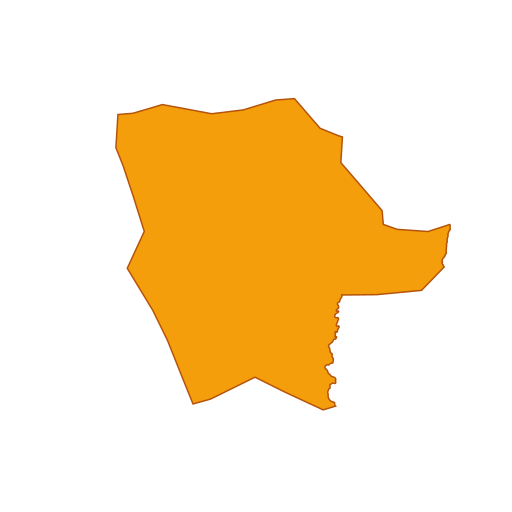 Bayan-Adraga, Hentiy, Mongolia (Equal Earth projection), rotated 111°
{"feature_id": "93677404B94037066175058", "entity_name": "Bayan-Adraga", "entity_type": "district", "adm_level": 2, "iso_a3": "MNG", "parent_name": "Mongolia", "parent_adm1": "Hentiy", "projection": "equal_earth", "projection_center": [111.25, 48.494], "detail": "fine", "context": "isolated", "style": "filled", "palette": "amber", "viewbox_px": 512, "rotation_deg": 111, "n_neighbors": 0, "source": "geoboundaries", "source_scale": "gbopen_adm2", "svg_char_len": 5551}
<svg xmlns="http://www.w3.org/2000/svg" viewBox="0 0 512 512"><g transform="rotate(111 256 256)"><path d="M416.7,261.8L405.9,247.2L369.5,213.5L372.7,180.3L375.6,138.2L367.6,127.9L367.2,128.8L366.8,129.1L366.2,129.5L365.5,129.7L365.0,129.8L364.8,130.0L364.7,130.3L364.6,130.9L364.6,132.1L364.8,133.4L364.8,133.8L364.6,134.2L364.2,135.3L363.7,136.0L363.3,136.7L362.4,137.5L361.5,138.2L360.8,138.5L360.3,138.7L359.9,138.9L359.3,139.1L358.8,139.4L358.3,139.7L358.0,140.0L357.5,140.2L356.7,140.4L356.3,140.4L355.8,140.4L355.2,140.3L354.7,140.3L354.3,140.4L353.9,140.3L353.7,140.3L353.5,140.2L353.3,140.0L353.0,139.7L352.9,139.6L352.7,139.7L352.2,140.0L351.9,139.9L351.6,140.0L351.3,140.1L350.8,140.3L350.2,140.7L349.9,140.8L349.5,140.8L349.1,140.6L348.5,139.9L348.2,139.6L347.7,139.3L347.2,138.9L347.0,138.6L346.9,138.2L346.9,137.4L346.8,136.8L346.7,136.6L346.5,136.4L346.3,136.2L346.0,136.2L345.7,136.2L345.3,136.3L344.8,136.5L344.4,136.8L344.0,137.0L343.7,137.4L343.5,137.5L343.3,137.5L343.2,137.5L343.1,137.4L342.9,137.2L342.6,137.3L342.3,137.5L341.9,137.8L341.5,138.4L341.3,138.9L341.2,139.7L341.3,140.7L341.3,141.6L341.2,142.4L341.2,142.8L340.9,143.5L340.1,144.6L340.0,144.9L339.8,145.9L339.5,146.4L338.9,147.1L338.3,147.5L337.9,147.8L337.2,148.6L336.6,149.8L336.2,150.8L335.7,151.5L335.1,151.8L334.5,151.9L334.0,151.9L333.3,151.6L332.7,151.3L332.2,150.8L332.0,150.4L331.9,149.9L331.9,149.5L331.7,149.1L331.4,148.9L330.5,148.5L330.0,148.3L329.5,147.9L329.3,147.5L329.0,147.0L328.8,146.5L328.5,146.2L328.3,146.1L328.0,146.0L327.7,146.0L327.3,146.1L326.8,146.2L325.6,146.5L325.0,146.7L324.4,146.9L323.8,147.4L323.5,147.8L323.2,148.4L323.0,148.7L322.8,148.9L322.4,149.2L322.1,149.4L321.1,149.3L320.8,149.4L320.5,149.5L320.2,149.8L319.9,150.2L319.8,150.5L319.7,151.2L319.6,151.5L319.5,151.8L318.8,152.3L318.0,152.8L317.2,153.3L316.7,153.7L316.2,154.0L315.6,154.4L315.3,154.7L315.1,155.0L314.8,155.6L314.5,155.9L314.0,156.0L313.3,156.0L312.9,156.0L312.4,155.9L312.1,155.8L311.9,155.6L311.6,155.3L310.6,154.9L309.6,154.2L309.0,153.9L308.3,153.8L307.9,153.7L306.6,153.7L306.3,153.6L305.9,153.5L305.3,152.8L305.3,152.4L305.2,152.2L304.9,151.9L304.5,151.8L304.0,151.8L303.5,151.7L303.1,151.7L302.9,151.8L302.7,151.8L302.6,152.0L302.8,152.4L302.9,152.6L303.1,152.9L303.1,153.1L303.0,153.3L302.9,153.4L302.6,153.5L302.4,153.5L302.0,153.5L301.6,153.5L301.2,153.5L300.8,153.8L300.5,154.0L300.1,154.3L299.8,154.4L299.4,154.7L298.9,154.9L298.6,154.9L298.3,154.7L298.0,154.5L297.9,154.3L298.0,154.0L298.1,153.6L298.3,153.3L298.2,153.2L297.1,153.0L296.6,153.1L296.1,153.3L294.8,153.3L293.9,153.1L292.9,152.9L292.4,153.0L292.1,153.2L291.8,153.4L291.7,153.8L291.8,154.2L292.1,154.5L292.4,154.8L292.5,155.1L292.6,155.3L292.5,155.6L292.3,155.9L291.8,156.2L291.3,156.4L290.7,156.4L289.8,156.4L288.5,156.3L287.9,156.3L287.3,156.5L286.9,156.5L286.3,156.3L285.9,156.3L285.5,156.3L285.2,156.4L284.9,156.6L284.5,157.0L284.2,157.4L284.2,157.7L284.3,158.0L284.6,158.2L284.8,158.4L284.8,158.7L284.9,159.5L284.9,160.0L284.7,160.5L284.2,160.9L283.5,161.1L282.7,161.2L282.0,161.0L281.1,160.7L280.5,160.2L279.9,159.7L279.5,159.4L278.7,159.0L278.4,159.0L278.1,159.0L277.9,159.2L277.8,159.5L278.1,160.0L278.4,160.5L278.5,160.8L278.5,161.1L278.3,161.4L278.1,161.5L277.8,161.6L277.4,161.5L276.8,161.3L276.0,160.9L275.1,160.4L274.6,160.3L274.3,160.4L273.9,160.6L273.3,161.0L272.7,161.4L272.1,162.4L271.8,162.8L271.2,163.0L270.6,162.9L270.1,162.7L269.7,162.5L269.4,162.0L269.1,161.8L268.8,161.7L268.5,161.6L268.2,161.6L267.8,161.7L267.4,161.8L266.5,161.8L265.3,161.7L264.4,161.5L263.9,161.4L263.5,161.3L263.2,161.3L262.9,161.4L262.7,161.6L262.1,161.8L261.3,161.9L261.2,160.8L248.8,129.4L228.8,89.2L198.8,76.4L198.4,76.9L198.3,77.1L198.0,77.5L197.7,77.8L197.2,78.2L197.0,78.4L197.0,78.7L196.9,78.8L196.6,79.1L196.4,79.2L196.2,79.4L196.0,79.6L195.9,79.8L195.5,79.8L195.3,79.9L195.2,80.1L194.9,80.1L194.6,80.0L194.5,79.9L194.4,79.9L194.4,80.0L194.2,80.3L193.9,80.5L193.4,80.8L193.1,80.8L192.8,80.8L192.7,80.7L192.4,80.7L192.1,80.7L191.6,80.5L191.4,80.5L191.2,80.5L190.9,80.5L190.7,80.5L190.5,80.4L190.3,80.3L190.2,80.1L189.9,80.0L189.7,80.0L189.4,80.0L189.1,79.8L188.9,79.7L188.7,79.7L188.3,79.7L188.1,79.7L187.8,79.6L187.6,79.6L187.4,79.6L187.2,79.7L186.8,79.7L186.5,79.7L185.5,79.3L185.3,79.3L185.2,79.3L184.8,79.5L184.7,79.6L184.4,79.6L184.2,79.7L184.1,79.8L183.8,80.1L183.5,80.3L183.1,80.4L182.5,80.4L182.3,80.5L181.9,80.6L181.6,80.7L180.7,81.1L180.3,81.1L180.0,81.2L179.5,81.4L179.4,81.5L179.1,81.6L178.6,81.5L178.3,81.6L178.1,81.8L177.9,81.9L177.5,82.0L177.1,82.1L176.9,82.1L176.7,82.2L176.5,82.4L176.3,82.5L176.2,82.6L175.9,82.6L175.7,82.5L175.4,82.5L175.2,82.6L174.8,82.5L174.7,82.5L174.3,82.7L174.1,82.7L173.8,82.7L173.6,82.8L173.4,82.9L173.2,83.1L172.8,83.2L172.7,83.3L172.5,83.5L172.4,83.5L172.2,83.5L171.9,83.5L171.6,83.6L171.3,83.6L171.2,83.6L170.9,83.7L170.7,83.8L170.4,83.8L170.0,83.7L169.4,83.8L169.1,83.9L168.9,84.0L168.6,84.0L168.3,84.0L168.1,84.0L167.8,84.1L167.3,84.4L167.0,84.7L166.5,84.7L165.9,84.7L165.0,84.7L164.3,84.8L162.9,84.6L162.5,84.5L162.2,84.3L161.9,84.2L161.7,84.2L161.2,84.3L160.8,84.5L160.6,84.6L159.8,85.1L159.2,85.3L158.7,85.4L158.3,85.5L157.9,85.6L157.6,85.8L157.5,86.0L157.2,86.5L171.5,104.2L180.5,133.6L180.9,148.5L168.5,154.5L149.5,189.6L138.5,210.2L113.9,218.0L114.2,222.3L113.8,241.9L108.3,252.3L95.3,276.5L103.3,293.5L124.2,320.3L139.1,348.4L148.2,397.7L166.9,422.1L173.4,435.6L205.1,425.6L219.5,412.3L244.1,392.1L273.1,369.1L313.6,371.8L343.7,332.9L366.5,308.4L399.0,278.3L416.7,261.8Z" fill="#f59e0b" stroke="#b45309" stroke-width="1.5"/></g></svg>